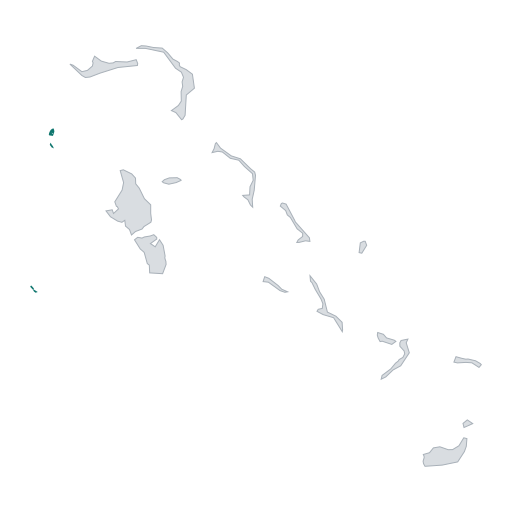 where Bimini sits in The Bahamas
{"feature_id": "BHS-5039", "entity_name": "Bimini", "entity_type": "District", "adm_level": 1, "iso_a3": "BHS", "parent_name": "The Bahamas", "parent_adm1": "", "projection": "orthographic", "projection_center": [-79.337, 24.634], "detail": "fine", "context": "in_parent", "style": "filled", "palette": "teal", "viewbox_px": 512, "rotation_deg": 0, "n_neighbors": 0, "source": "natural_earth", "source_scale": "10m", "svg_char_len": 3877}
<svg xmlns="http://www.w3.org/2000/svg" viewBox="0 0 512 512"><path d="M150.7,204.8L150.7,213.4L151.5,219.9L150.9,222.2L143.9,226.6L142.1,229.0L135.5,231.5L131.5,235.0L129.5,229.5L125.5,226.1L124.8,220.3L121.9,222.3L117.6,221.1L110.5,216.8L106.0,210.9L112.2,209.8L113.5,213.5L118.5,208.9L117.3,206.6L116.4,206.3L114.8,201.8L122.1,190.1L123.6,182.6L120.2,170.6L123.3,169.8L131.7,173.9L135.5,178.1L135.7,183.8L139.2,188.1L144.4,198.7L150.7,204.8ZM156.7,237.4L156.8,239.0L150.4,243.6L155.2,246.8L159.5,239.7L163.1,245.3L165.1,256.0L164.8,257.8L165.2,259.4L165.9,261.4L166.1,264.4L162.6,273.7L149.7,272.9L149.3,265.1L147.3,263.6L144.2,252.4L140.2,248.9L134.5,239.8L137.7,237.3L142.0,238.1L144.2,237.0L150.2,236.0L153.8,234.7L156.7,237.4ZM466.3,446.3L464.4,451.6L457.7,461.9L442.2,465.1L425.0,466.3L423.5,463.6L423.1,461.2L424.2,457.5L424.0,456.0L423.3,454.5L429.5,452.7L433.4,447.9L439.9,446.8L448.2,449.7L452.6,449.6L458.9,445.8L463.8,437.8L466.9,438.6L466.3,446.3ZM182.9,119.0L181.6,119.7L175.9,112.6L171.4,110.6L178.4,105.5L181.3,101.1L181.1,91.6L182.7,86.4L182.1,81.9L183.5,77.3L181.4,72.2L175.5,68.2L163.7,52.2L145.5,48.4L136.1,48.4L141.3,45.7L146.0,46.0L153.4,47.5L162.2,48.1L167.6,52.8L172.9,59.1L177.5,61.5L179.5,63.1L179.3,65.0L180.1,66.7L186.2,69.6L192.4,74.2L194.4,88.2L186.3,95.0L185.1,115.3L182.9,119.0ZM101.3,61.1L109.0,63.3L113.2,62.9L115.6,61.5L127.1,62.0L136.2,59.7L137.7,63.5L137.4,65.5L117.9,67.5L99.9,73.2L90.0,77.0L85.4,77.5L81.9,75.5L69.9,64.1L73.1,65.2L81.9,71.7L87.4,70.4L92.4,66.1L93.1,62.9L92.4,61.4L94.6,56.2L101.3,61.1ZM220.5,148.1L231.3,155.9L240.4,158.8L250.4,168.6L254.7,172.1L255.5,175.3L254.2,190.3L252.2,199.3L252.7,207.2L250.4,204.9L247.9,199.8L244.0,196.9L242.7,195.4L249.6,194.9L250.0,186.8L253.2,180.3L252.5,173.7L244.4,166.5L238.8,160.2L230.3,158.3L222.4,152.0L217.8,151.3L212.1,152.6L214.1,148.7L215.4,143.6L216.4,142.6L220.5,148.1ZM342.6,329.9L342.3,331.7L333.6,317.7L323.1,314.6L317.0,311.3L318.2,309.3L322.3,308.4L322.9,303.8L321.0,299.0L315.2,289.3L312.0,282.7L310.5,281.2L310.0,275.7L316.7,284.1L319.6,291.8L324.2,299.2L327.4,312.1L335.9,316.2L342.1,322.3L342.6,329.9ZM385.8,376.9L381.2,379.2L382.1,375.4L390.8,368.9L395.5,363.2L398.2,361.1L399.1,359.6L402.9,357.4L404.7,353.8L404.1,350.9L399.9,346.3L399.8,342.9L401.1,340.5L407.9,339.1L406.2,342.8L409.3,352.8L400.7,365.8L393.0,370.0L385.8,376.9ZM309.4,237.8L309.9,241.4L305.5,240.8L299.2,242.4L296.8,242.5L298.2,239.9L302.6,236.5L302.7,233.3L297.1,228.8L290.4,217.5L287.3,214.9L285.7,210.6L280.3,206.1L281.3,203.6L282.4,203.0L286.1,204.1L294.7,220.4L295.3,221.9L309.4,237.8ZM461.7,358.3L465.8,359.2L468.0,359.0L475.6,360.8L480.2,363.5L481.3,364.7L479.0,367.4L471.9,362.8L465.8,362.4L457.4,362.9L453.9,362.1L456.0,356.7L461.7,358.3ZM394.3,340.2L395.9,341.4L391.8,344.4L382.2,341.2L380.1,341.6L378.1,337.9L377.3,335.1L377.7,332.5L383.4,334.3L386.5,337.9L394.3,340.2ZM176.1,182.6L168.8,184.2L163.6,182.8L162.2,181.7L164.4,179.7L169.3,177.9L177.2,177.7L180.7,179.6L181.1,180.4L176.1,182.6ZM287.6,291.8L284.9,292.3L280.0,290.6L268.4,282.2L263.1,281.6L264.7,276.7L268.8,278.3L278.1,285.5L281.7,289.2L287.6,291.8ZM366.7,245.3L361.8,253.2L359.1,252.6L360.3,242.9L363.8,241.2L365.2,241.3L366.7,245.3ZM472.7,423.6L464.0,427.5L463.0,423.4L467.3,419.9L472.7,423.6Z" fill="#d9dde1" stroke="#a8b0b8" stroke-width="1"/><path d="M53.1,129.3L53.4,130.1L53.6,131.6L53.4,132.2L53.3,131.8L52.8,132.1L52.0,132.3L51.9,131.7L52.4,130.6L52.1,130.2L51.3,131.1L50.8,131.7L50.5,132.2L50.3,133.2L51.0,133.7L52.0,134.1L52.6,134.7L52.4,135.1L50.6,134.8L49.9,134.8L49.6,134.5L49.8,133.4L50.3,132.1L51.2,130.5L52.4,129.5L53.1,129.3ZM32.7,288.2L33.4,289.1L30.7,286.2L31.1,286.4L32.7,288.2ZM36.0,291.8L35.7,291.9L34.5,291.0L34.4,290.8L36.0,291.8ZM50.6,144.7L50.7,144.4L51.2,145.2L51.2,145.5L50.6,144.7ZM51.9,146.1L52.1,146.2L52.4,146.9L52.2,146.8L51.9,146.1Z" fill="#14b8a6" stroke="#0f766e" stroke-width="1.5"/></svg>